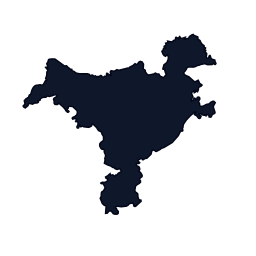 map outline of Haryana (Mercator projection), rotated 259°
{"feature_id": "IND-2430", "entity_name": "Haryana", "entity_type": "State", "adm_level": 1, "iso_a3": "IND", "parent_name": "India", "parent_adm1": "", "projection": "mercator", "projection_center": [76.236, 29.302], "detail": "fine", "context": "isolated", "style": "filled", "palette": "ink", "viewbox_px": 256, "rotation_deg": 259, "n_neighbors": 0, "source": "natural_earth", "source_scale": "10m", "svg_char_len": 5895}
<svg xmlns="http://www.w3.org/2000/svg" viewBox="0 0 256 256"><g transform="rotate(259 128 128)"><path d="M169.5,29.3L170.0,29.6L170.5,30.7L171.4,31.5L174.5,31.4L176.0,33.2L177.2,36.3L179.2,37.4L179.6,38.9L184.1,41.3L186.1,43.0L187.3,45.0L187.4,45.9L187.2,50.1L186.4,51.7L186.6,52.6L187.3,53.6L190.1,55.9L190.5,57.3L192.2,56.6L195.5,58.4L198.4,59.0L199.6,60.3L200.4,60.2L203.3,58.7L203.4,59.1L202.4,60.7L203.8,61.0L206.6,60.5L207.9,61.8L210.3,63.1L210.5,63.9L210.3,66.6L209.6,69.5L201.3,77.2L200.9,77.8L200.8,79.6L199.0,80.6L197.4,82.2L196.5,82.5L196.3,84.0L194.5,84.1L194.1,85.4L191.6,87.9L190.5,90.8L189.0,98.4L188.0,100.4L186.9,100.5L186.6,100.8L186.5,101.3L186.9,102.7L186.7,103.3L185.1,104.6L185.5,105.8L184.1,107.2L184.4,108.3L184.0,109.3L184.8,111.4L184.4,111.9L182.9,112.6L182.6,113.5L183.3,115.1L182.9,116.6L183.6,117.3L185.0,117.1L185.8,117.8L183.3,120.5L182.9,121.4L186.4,121.3L187.3,122.0L187.4,122.7L186.5,124.6L186.6,126.4L187.4,128.1L186.4,130.1L186.9,139.2L186.6,140.0L186.7,140.5L187.3,141.0L188.4,144.8L189.8,147.2L188.9,148.2L188.7,149.3L190.5,151.0L191.1,152.7L190.1,154.5L187.7,155.4L183.1,154.2L181.4,155.9L179.7,155.8L177.1,157.0L176.1,158.2L176.0,159.6L176.1,163.6L176.7,165.3L175.4,166.9L175.1,168.6L172.8,169.4L170.7,172.4L170.8,172.8L172.5,174.8L172.8,176.0L174.6,175.4L178.3,175.0L178.7,174.9L179.0,173.6L179.7,173.6L183.2,175.4L184.8,178.6L187.5,180.4L189.7,181.2L191.4,180.9L192.1,180.3L192.0,179.6L191.2,178.5L192.2,177.3L193.7,176.5L196.8,175.9L197.6,177.2L199.4,178.1L199.4,179.8L201.0,179.0L201.4,179.2L202.1,181.3L204.1,181.1L204.2,183.3L204.6,183.6L205.7,183.5L204.4,186.7L204.1,188.2L205.2,189.2L205.4,191.3L207.4,191.9L207.9,192.5L207.4,192.8L206.9,194.1L205.7,194.6L205.9,195.3L207.4,195.5L207.9,196.2L206.2,196.9L205.6,198.0L206.1,201.5L204.3,200.3L204.6,202.8L204.2,204.3L206.1,205.8L207.3,208.6L207.4,209.9L206.3,210.4L204.3,213.7L203.7,213.9L201.9,213.6L200.1,215.4L198.1,215.8L196.0,216.8L194.3,218.4L192.8,218.1L191.8,219.4L191.3,219.2L190.3,217.9L190.0,218.0L189.4,219.1L188.9,219.0L188.2,218.0L187.8,218.0L186.5,219.3L185.7,219.4L183.0,218.4L181.6,218.6L181.2,220.1L181.5,220.6L183.1,221.3L183.6,222.2L183.3,222.5L180.5,222.8L179.8,223.2L178.1,226.2L176.4,226.1L174.8,226.7L174.0,226.2L173.7,225.6L174.1,225.0L175.2,224.5L174.3,222.9L174.3,222.3L175.0,218.1L176.4,215.9L176.5,215.1L176.5,211.6L176.0,209.5L176.2,208.2L175.5,206.1L175.3,204.0L176.4,199.0L176.0,197.7L175.5,197.1L173.5,195.5L171.9,193.4L171.2,193.1L169.1,194.0L166.7,197.5L160.9,201.9L160.6,203.0L161.5,206.0L157.9,207.0L156.3,208.8L155.9,208.8L155.2,207.9L154.3,204.8L152.4,204.5L150.3,203.2L150.6,202.6L151.9,202.0L150.3,200.8L150.0,199.8L152.2,200.0L150.7,197.3L149.6,197.0L146.2,197.7L145.4,197.1L144.6,195.8L142.7,195.1L142.4,195.6L142.5,196.5L144.7,198.7L144.4,199.4L142.8,200.0L143.2,200.9L144.9,201.9L144.9,203.3L144.3,204.0L142.8,204.1L140.8,202.4L140.1,202.3L138.6,202.9L136.0,202.7L135.5,203.2L135.2,204.4L135.1,205.9L136.2,209.6L136.2,212.5L137.4,213.9L138.1,216.5L137.8,217.4L136.2,218.5L133.1,215.9L131.6,215.8L126.7,216.4L126.1,216.1L125.7,215.6L125.3,213.7L124.8,213.0L123.1,211.9L122.9,210.8L123.4,209.7L125.1,209.8L126.0,208.8L125.8,207.8L125.0,207.0L125.8,205.9L126.4,204.0L128.2,202.1L128.3,201.0L127.9,200.6L127.2,200.6L125.7,202.0L124.0,200.9L123.7,200.0L124.2,199.1L126.8,197.8L128.5,195.8L130.7,197.6L131.0,197.3L131.0,196.6L128.1,191.4L124.5,186.5L120.8,182.9L118.0,182.0L117.2,181.3L115.2,181.4L114.8,181.2L114.6,180.4L114.8,178.9L110.9,175.9L105.3,168.6L102.0,159.5L101.7,157.0L100.8,155.4L99.6,151.5L99.8,150.7L101.2,149.6L101.5,149.1L101.4,147.7L100.9,147.0L97.9,145.6L94.7,140.7L94.8,138.8L93.9,136.8L94.1,136.2L95.4,135.7L95.6,134.9L94.5,131.5L93.2,131.8L91.8,132.9L91.4,132.6L91.1,131.7L91.5,129.5L91.3,129.2L90.6,129.0L88.6,130.0L88.1,131.1L87.2,131.6L85.3,131.7L83.6,130.5L81.9,131.8L79.6,132.7L78.2,132.8L77.4,132.2L76.2,129.8L74.9,129.5L73.7,130.2L72.4,129.9L71.7,128.9L70.1,124.9L68.6,123.9L65.1,122.7L63.9,123.0L62.2,124.6L61.3,125.0L58.7,124.6L55.9,124.9L55.3,125.4L54.8,126.9L53.6,126.9L49.6,120.4L49.9,119.2L50.3,118.9L52.6,118.8L53.0,118.6L53.5,117.6L53.5,115.0L52.1,113.1L51.6,111.4L52.0,106.3L53.1,103.1L53.2,101.4L52.8,100.7L52.1,100.4L51.1,101.3L49.8,101.4L48.5,102.3L47.6,102.5L46.0,102.0L45.5,100.9L45.9,98.7L46.7,97.2L48.9,96.1L50.1,94.9L50.0,93.3L48.4,91.6L48.5,89.7L55.6,91.7L56.7,89.9L58.8,88.4L64.3,87.3L65.7,88.5L69.7,89.6L70.4,90.3L70.9,91.9L73.8,94.2L77.6,93.2L78.0,92.8L78.5,91.1L79.0,90.8L79.4,91.1L79.6,93.0L78.9,94.4L79.3,95.2L79.3,97.0L80.8,98.0L81.7,99.0L82.0,98.8L82.5,97.1L83.5,96.6L84.2,96.6L84.8,98.6L86.6,101.7L85.0,101.8L84.9,104.2L83.1,105.6L84.2,106.9L84.0,108.1L85.5,109.9L86.4,113.1L87.1,113.2L89.9,111.9L90.0,111.4L89.3,110.1L89.7,108.7L91.0,107.0L92.1,106.9L92.2,105.5L93.9,103.9L95.6,101.0L97.9,98.1L101.0,99.4L102.5,99.4L104.4,100.5L105.9,100.8L109.0,100.1L110.9,100.5L111.9,100.0L111.9,99.0L112.4,98.0L114.1,97.2L116.0,96.8L117.8,97.3L118.9,98.3L120.1,100.8L120.8,101.7L124.5,102.3L127.0,101.3L129.1,101.2L131.2,98.5L134.5,97.2L138.6,94.4L138.7,93.9L138.3,93.4L136.9,92.5L136.1,89.8L137.5,85.1L138.5,83.6L138.2,81.9L140.1,81.1L137.6,79.6L137.4,78.8L138.0,78.1L138.8,78.0L140.8,79.5L143.0,80.0L144.0,79.6L144.1,78.0L144.6,77.8L145.9,79.2L146.4,79.3L147.5,77.3L147.2,75.5L148.3,75.1L148.9,75.7L149.4,77.9L150.7,80.3L153.0,81.3L154.8,81.3L159.7,77.7L160.6,74.4L160.2,73.7L158.7,72.9L157.9,71.4L157.5,71.4L156.3,72.7L155.5,73.2L155.0,72.7L154.9,72.1L155.2,71.5L156.5,70.5L158.7,69.7L161.0,68.4L165.2,65.1L165.7,64.1L164.7,63.7L164.5,63.2L165.1,60.8L166.5,60.2L168.2,60.6L170.5,60.4L171.3,61.0L172.6,64.3L173.7,64.4L174.2,63.8L174.6,62.3L174.1,59.5L174.0,56.7L174.8,55.1L173.9,53.2L174.3,49.9L173.5,47.7L172.1,47.0L171.6,44.8L170.4,44.9L169.9,43.5L170.3,41.0L169.6,38.9L170.5,37.0L170.8,35.3L170.5,34.7L169.0,34.1L167.3,30.9L168.7,29.5L169.5,29.3Z" fill="#0f172a" stroke="#020617" stroke-width="1.5"/></g></svg>